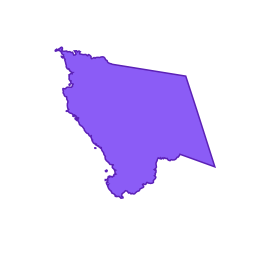 outline of Baegu-Asifola, Malaita, Solomon Islands, rotated 200°
{"feature_id": "97153195B83644089590295", "entity_name": "Baegu-Asifola", "entity_type": "district", "adm_level": 2, "iso_a3": "SLB", "parent_name": "Solomon Islands", "parent_adm1": "Malaita", "projection": "albers", "projection_center": [160.871, -8.5], "detail": "fine", "context": "isolated", "style": "filled", "palette": "violet", "viewbox_px": 256, "rotation_deg": 200, "n_neighbors": 0, "source": "geoboundaries", "source_scale": "gbopen_adm2", "svg_char_len": 5929}
<svg xmlns="http://www.w3.org/2000/svg" viewBox="0 0 256 256"><g transform="rotate(200 128 128)"><path d="M33.1,121.2L69.0,167.7L91.5,196.5L164.5,182.5L165.7,182.6L167.2,182.4L168.9,182.6L169.9,183.1L170.7,184.2L171.8,184.3L172.8,184.9L173.7,185.8L175.1,186.4L176.5,186.1L177.8,185.4L178.8,184.5L180.2,184.2L181.6,183.6L182.4,183.1L182.8,182.3L183.5,182.4L184.0,182.6L185.3,181.1L186.0,180.7L186.7,181.2L187.2,182.6L188.8,183.3L190.0,183.6L190.6,182.9L190.5,182.2L190.9,182.0L192.8,182.7L195.3,181.6L197.5,181.3L198.8,181.2L199.3,182.4L198.9,183.3L200.4,183.6L201.6,182.2L202.7,183.0L204.8,182.1L203.2,180.9L202.1,179.7L202.8,178.4L203.9,178.0L206.0,180.2L207.2,179.5L208.8,179.9L211.1,178.8L211.9,179.4L213.0,178.9L214.3,178.2L215.2,178.0L216.4,178.1L216.7,178.2L216.8,178.5L216.6,178.8L216.9,179.4L216.6,179.8L216.9,180.6L217.1,180.9L217.6,181.2L218.1,181.2L219.0,180.3L219.1,180.0L219.1,179.5L219.5,179.0L220.2,178.5L220.5,177.7L221.3,177.5L222.0,177.7L222.9,176.3L222.9,175.9L222.7,175.5L222.4,175.4L222.0,175.6L220.9,176.6L219.2,177.4L218.1,177.1L217.3,176.6L216.4,176.6L216.1,176.3L215.9,175.4L215.1,174.9L213.6,174.7L213.4,173.6L213.0,173.2L212.6,173.0L212.5,172.5L211.7,171.4L211.2,171.1L210.7,171.2L210.5,170.9L210.5,170.0L209.3,168.5L208.3,166.8L207.5,166.0L207.1,164.6L206.8,164.1L206.1,163.6L205.5,163.0L205.2,162.9L204.1,162.8L204.0,163.4L203.8,163.4L203.6,163.1L202.9,162.7L202.7,162.1L202.5,161.9L201.9,161.8L201.6,161.5L200.9,161.5L200.4,161.0L199.9,160.9L198.9,161.2L199.3,160.6L199.1,160.3L199.0,159.9L200.2,159.8L201.7,157.6L200.9,156.9L201.0,156.0L200.2,154.7L200.3,154.0L200.1,153.7L198.4,152.4L198.1,152.5L197.7,152.8L197.6,152.7L197.6,151.7L196.8,150.5L195.7,150.5L194.9,150.2L194.7,150.4L194.5,150.0L195.0,149.2L194.9,148.8L194.5,148.3L194.9,147.6L194.9,147.2L195.1,146.9L198.9,145.7L199.4,145.3L199.9,144.4L200.1,143.6L200.8,143.2L202.3,143.0L202.6,142.8L202.5,142.3L202.0,141.2L201.3,140.6L201.1,139.1L200.8,138.6L199.6,137.7L199.1,136.9L198.2,136.3L197.5,136.1L196.5,136.4L196.3,136.3L195.7,135.0L195.5,134.2L194.9,133.8L194.7,133.5L193.7,132.7L193.2,131.2L193.3,129.9L192.9,129.2L192.9,128.8L192.0,126.9L190.9,125.4L190.2,125.3L190.1,125.2L190.5,124.5L190.5,123.9L189.9,123.1L188.4,122.4L187.2,122.2L186.0,122.4L183.5,121.6L182.7,122.0L182.3,121.7L182.1,121.2L181.6,121.2L181.5,121.7L181.3,121.7L179.8,120.4L179.4,120.4L178.5,120.7L178.0,120.7L177.7,119.6L178.2,119.4L178.4,119.2L178.0,117.8L177.4,117.7L177.1,117.5L175.8,116.1L174.7,114.6L174.2,114.4L173.5,114.4L173.0,114.0L171.5,113.8L168.8,112.0L168.1,110.8L166.8,110.1L166.4,109.7L164.8,109.0L164.2,109.0L163.7,109.2L163.1,108.7L162.9,108.7L162.5,108.1L161.7,107.5L161.3,107.4L161.0,107.5L160.5,107.2L159.8,108.1L159.7,107.9L160.0,107.4L160.0,106.9L159.3,106.5L159.2,106.1L158.8,105.9L158.2,105.2L157.9,104.4L157.2,104.5L157.1,103.5L155.3,102.1L154.4,101.8L154.0,102.1L153.9,101.9L153.7,101.9L153.4,101.7L153.0,101.8L153.1,101.4L152.6,101.1L152.2,101.1L151.9,101.7L151.6,101.2L151.3,100.9L151.0,101.0L150.6,100.9L150.3,101.0L150.1,100.7L149.6,101.0L149.5,100.6L148.1,100.1L147.9,100.3L147.6,100.0L146.9,99.9L146.6,100.5L146.4,100.5L146.3,100.2L146.6,100.0L146.6,99.7L146.3,99.8L146.1,99.7L145.2,98.3L144.5,97.9L144.0,97.3L142.9,96.7L142.7,96.7L142.2,96.0L142.1,95.6L141.9,95.5L141.6,94.9L141.1,94.5L140.4,94.2L139.9,93.5L139.5,93.4L139.4,92.1L138.7,91.4L138.6,90.9L137.8,90.5L137.4,90.0L136.3,89.6L135.7,89.6L134.8,88.9L134.1,88.9L133.7,88.4L132.5,87.6L129.3,88.4L129.2,88.3L129.7,87.6L129.8,87.2L129.6,86.9L129.6,86.5L129.3,85.6L128.4,85.0L127.5,84.8L126.9,84.2L125.5,84.1L126.1,83.6L125.9,83.2L125.6,83.1L124.8,81.4L124.2,80.8L123.6,80.6L124.3,80.0L125.0,79.9L125.3,78.9L125.1,78.8L125.1,78.4L124.9,78.1L125.6,77.4L125.8,76.7L126.8,76.6L127.1,76.4L127.6,76.8L128.1,76.6L128.3,76.3L129.0,76.5L129.9,75.6L129.6,75.2L129.2,75.0L129.6,74.8L129.8,74.4L129.7,74.0L130.0,73.3L129.8,72.7L129.5,72.8L129.2,72.5L128.9,70.8L129.1,70.5L129.0,70.1L128.7,70.0L129.6,69.3L129.4,68.7L128.3,67.5L127.7,67.3L127.3,67.7L127.5,67.0L127.1,66.7L127.2,66.4L125.7,64.7L124.5,63.8L122.5,62.9L122.1,62.9L121.9,62.4L121.7,62.4L120.7,61.3L120.1,61.4L119.1,61.3L117.6,60.9L117.1,60.4L117.0,59.8L116.5,59.5L115.6,60.0L115.4,59.6L113.2,60.6L112.4,60.5L110.6,59.6L108.8,60.6L108.9,61.1L109.6,61.7L110.6,61.7L110.9,62.4L110.9,63.2L111.1,64.3L110.1,65.6L109.4,66.9L109.0,68.2L107.2,68.4L105.2,67.1L104.3,67.7L102.6,67.1L101.7,68.0L100.6,67.8L99.3,68.4L98.6,70.0L97.6,71.6L96.2,72.6L95.9,73.4L95.8,74.9L93.5,77.2L93.1,78.1L95.0,80.0L94.3,80.8L92.8,80.6L92.0,81.2L91.8,83.2L91.0,83.5L90.2,83.1L89.7,83.4L87.9,83.6L86.3,84.5L85.5,85.5L86.2,87.4L85.0,89.9L85.0,91.4L86.9,92.2L86.3,93.1L86.5,93.9L87.0,94.7L86.5,95.6L87.0,97.4L87.5,98.1L88.4,97.6L89.2,97.9L88.2,99.4L87.9,101.0L89.5,104.0L89.7,105.3L89.5,107.2L89.6,108.7L89.4,110.2L88.7,110.1L88.0,110.4L87.4,110.0L87.1,110.1L87.0,111.0L86.1,110.3L85.7,110.6L85.4,111.6L84.7,111.6L84.0,111.3L83.8,111.7L83.8,112.4L82.3,112.4L81.8,112.2L80.8,112.8L79.4,111.7L78.4,111.6L77.3,111.7L76.6,113.0L75.1,113.2L73.4,114.0L72.4,115.2L71.7,117.5L70.8,117.9L70.2,120.3L70.2,121.1L33.1,121.2ZM181.0,118.8L180.8,118.5L180.6,118.3L180.0,118.2L179.6,118.4L179.3,118.1L179.2,117.7L178.7,117.6L178.8,118.3L179.8,120.0L180.3,120.2L180.6,119.9L180.7,119.3L181.0,118.8ZM134.6,79.9L133.9,79.4L133.1,79.7L132.9,80.7L133.3,81.1L133.7,81.2L134.1,80.8L134.6,79.9ZM198.2,149.0L198.2,148.5L197.8,148.1L197.5,148.1L197.5,148.3L197.2,148.5L197.3,149.2L197.8,149.4L198.1,149.3L198.2,149.0ZM215.2,172.6L215.0,172.2L214.4,171.8L213.6,171.6L213.6,172.1L214.9,172.7L215.2,172.6ZM131.7,71.8L131.6,71.2L131.4,70.9L131.0,71.2L130.7,71.2L130.9,71.7L130.9,71.9L131.7,71.8ZM152.4,98.0L152.3,97.7L152.0,97.6L151.3,97.9L151.3,98.1L151.7,98.3L152.4,98.0ZM184.0,120.5L183.7,120.2L182.9,120.3L183.4,120.9L183.9,120.8L184.0,120.5ZM191.8,122.8L191.5,122.7L191.1,122.7L191.0,122.8L191.0,123.1L191.6,123.2L191.8,122.8Z" fill="#8b5cf6" stroke="#5b21b6" stroke-width="1.5"/></g></svg>